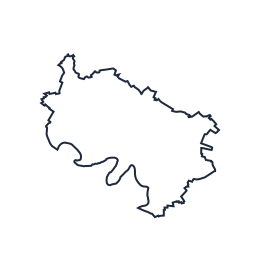 outline of Thanh Oai, Ha Noi, Vietnam, rotated 311°
{"feature_id": "81297802B69083052749589", "entity_name": "Thanh Oai", "entity_type": "district", "adm_level": 2, "iso_a3": "VNM", "parent_name": "Vietnam", "parent_adm1": "Ha Noi", "projection": "albers", "projection_center": [105.783, 20.86], "detail": "fine", "context": "isolated", "style": "outline", "palette": "slate", "viewbox_px": 256, "rotation_deg": 311, "n_neighbors": 0, "source": "geoboundaries", "source_scale": "gbopen_adm2", "svg_char_len": 5745}
<svg xmlns="http://www.w3.org/2000/svg" viewBox="0 0 256 256"><g transform="rotate(311 128 128)"><path d="M74.3,188.1L75.4,192.0L76.6,195.6L77.7,198.2L78.4,201.5L79.1,202.4L78.4,206.8L81.7,208.3L81.5,209.3L82.5,209.6L85.4,212.5L89.7,208.7L90.5,209.5L92.0,207.8L93.8,210.0L95.4,208.7L98.8,213.7L101.0,210.7L104.7,212.9L104.4,213.6L106.0,214.4L105.2,215.6L106.9,216.8L106.3,217.9L108.0,219.2L108.7,218.4L109.6,218.6L111.2,213.1L119.1,213.3L119.4,212.7L119.7,210.1L121.3,210.4L122.1,210.7L123.4,212.0L124.1,210.6L125.0,210.6L125.9,208.8L128.2,208.5L129.5,211.6L131.8,211.0L132.0,211.2L132.8,211.2L133.7,212.9L135.6,214.9L137.4,216.1L141.2,218.4L152.0,221.5L152.6,222.0L153.8,221.0L154.2,219.9L154.8,218.4L155.2,217.1L155.8,216.0L156.1,215.6L157.1,214.7L157.7,213.8L157.2,212.7L157.7,212.3L155.0,207.8L156.5,204.8L155.9,204.0L155.1,202.3L157.2,201.0L156.7,200.0L161.0,196.4L161.5,197.0L166.2,205.5L167.2,205.1L168.3,204.5L168.4,204.2L168.4,203.5L164.4,193.2L169.1,191.5L173.6,190.0L174.9,191.5L180.6,191.3L181.6,197.5L183.5,197.9L184.6,197.8L185.5,198.0L186.2,198.0L186.2,192.0L187.7,192.0L188.6,192.2L189.0,190.8L189.1,189.5L189.4,188.1L189.4,186.7L189.6,185.0L189.5,184.9L188.6,184.9L188.4,184.8L188.4,184.4L188.6,182.4L191.2,182.6L191.4,181.9L191.5,181.2L189.8,180.3L188.8,179.9L188.2,179.6L187.7,179.0L186.8,178.0L186.3,177.8L186.1,177.5L186.0,177.0L185.9,175.0L185.9,173.2L186.0,172.6L186.2,171.7L186.5,170.9L178.8,169.0L176.1,166.9L176.2,166.3L178.0,166.8L178.0,165.6L176.7,162.8L177.0,162.0L177.0,160.7L175.7,158.5L175.4,157.3L173.4,155.3L171.8,153.8L171.1,152.6L169.9,150.1L171.7,149.6L169.5,136.8L169.4,135.3L169.5,133.9L169.9,132.0L168.9,131.8L168.3,131.6L167.4,131.2L167.3,130.9L167.3,130.6L167.3,130.2L167.6,130.0L166.9,129.6L168.0,129.0L168.4,128.9L168.0,127.1L173.6,125.4L171.2,120.5L171.9,116.4L170.4,116.3L168.1,115.7L167.2,115.5L166.5,115.4L165.8,115.4L164.2,115.6L162.5,115.9L162.4,115.7L162.5,115.4L162.9,114.9L163.8,110.9L163.3,106.2L163.7,104.6L161.2,103.4L161.7,100.6L163.1,96.9L161.2,95.6L161.2,95.2L159.6,88.7L160.0,86.4L162.5,86.1L162.0,85.7L160.2,84.7L159.9,84.4L159.7,84.0L159.4,82.8L163.5,81.1L163.4,80.6L163.4,79.0L163.4,78.3L163.1,77.7L162.8,77.4L158.6,73.9L154.3,70.1L153.5,69.4L152.9,69.0L152.6,69.0L151.8,69.6L151.4,69.7L150.9,69.6L150.2,69.0L149.6,68.3L149.2,67.6L149.1,67.1L149.3,66.3L149.2,65.9L148.7,65.7L147.8,65.9L145.6,65.8L144.5,65.6L144.0,65.4L143.6,65.4L143.4,65.5L143.1,65.8L142.9,66.9L142.7,67.1L142.4,66.9L141.3,66.1L140.7,65.7L140.4,65.4L140.2,65.1L140.0,64.6L139.9,63.2L139.6,62.9L138.8,62.5L137.8,62.4L137.1,62.4L136.5,62.7L136.2,62.7L135.9,62.6L135.6,62.2L135.4,61.3L134.8,60.4L134.3,59.4L134.0,58.4L133.9,57.5L134.1,57.0L134.4,56.7L135.6,56.3L136.5,55.5L136.6,55.2L136.5,54.9L136.0,54.0L135.7,52.6L135.5,52.2L135.5,51.9L136.2,50.4L136.4,49.0L136.5,48.5L137.4,47.7L138.2,47.2L138.9,46.9L139.8,46.7L140.1,46.6L140.4,46.3L140.8,45.4L141.5,44.7L141.9,44.4L142.1,44.4L143.1,44.0L143.5,43.5L144.3,40.8L144.7,40.4L145.0,40.2L145.3,40.1L146.8,40.3L146.9,39.8L147.1,38.9L146.8,38.9L146.7,38.7L145.1,38.0L144.3,37.5L143.4,35.9L144.3,34.6L143.7,34.3L142.8,35.2L140.7,34.0L139.7,34.1L137.9,34.9L137.2,35.0L135.9,34.7L134.0,34.2L133.6,34.2L133.5,35.2L132.8,35.0L132.2,34.7L131.3,34.4L129.8,34.2L130.0,34.9L130.3,36.5L130.2,38.3L130.0,39.3L129.6,40.4L129.3,41.1L128.4,42.5L128.0,43.3L127.8,43.6L124.6,43.9L118.5,46.1L119.2,48.7L111.1,51.7L109.2,53.6L106.3,51.3L107.0,50.0L104.3,48.1L102.2,46.4L102.6,45.7L103.1,45.0L99.0,42.4L99.2,45.5L97.2,45.4L96.0,44.2L95.2,45.1L93.0,43.8L92.1,46.9L90.6,46.5L89.9,46.2L89.9,47.2L90.0,49.9L90.2,50.4L91.5,50.1L91.5,53.7L91.6,55.9L90.9,56.0L91.5,61.1L81.6,62.9L81.6,65.5L81.2,65.6L80.7,65.6L79.5,65.0L78.7,64.9L75.8,64.9L75.2,65.4L75.3,65.9L75.3,66.3L74.9,66.9L74.3,67.4L73.7,67.8L70.4,70.2L69.4,71.3L68.0,73.7L67.5,74.9L65.4,79.0L64.5,82.4L65.3,88.9L66.4,88.7L67.4,88.3L68.6,87.9L69.3,87.8L71.1,87.8L72.7,88.1L73.7,88.5L74.7,89.2L75.6,90.0L76.2,91.0L78.0,94.1L78.3,94.9L78.6,95.9L78.7,97.0L78.5,100.8L78.4,103.6L77.9,106.3L77.7,107.6L77.5,108.5L76.5,110.4L75.7,111.2L74.6,112.0L73.5,112.7L72.9,112.8L72.1,112.5L71.5,112.1L70.6,111.3L69.8,110.7L69.7,110.5L69.6,109.7L69.2,109.4L68.1,109.2L67.8,109.3L67.3,109.6L67.0,110.2L67.0,111.7L67.0,114.2L67.2,114.8L70.2,119.8L70.8,120.3L75.3,125.0L75.7,125.1L76.6,125.0L77.2,125.0L78.0,126.0L78.8,126.3L79.5,126.7L79.9,127.1L80.3,127.7L80.9,128.3L82.0,128.7L83.0,129.7L83.3,129.9L84.2,130.1L85.1,130.5L85.9,131.1L87.1,131.6L88.0,131.9L88.7,132.1L89.1,132.3L89.4,132.3L89.7,132.3L90.3,132.1L90.6,132.1L91.1,132.3L93.0,133.5L93.9,134.2L94.8,135.0L95.3,135.6L96.5,136.9L96.9,137.6L97.2,138.2L97.5,139.3L97.4,140.4L97.3,140.9L97.0,141.3L96.6,141.7L96.1,141.9L95.2,142.1L94.6,142.5L93.9,142.7L93.4,143.1L92.4,143.3L91.6,143.6L91.3,143.7L89.9,143.7L87.6,144.0L84.3,144.1L83.3,144.0L83.1,143.9L82.6,143.4L82.4,143.3L82.1,143.3L80.9,143.5L77.3,144.2L74.7,145.9L73.2,147.4L72.9,147.8L72.5,148.4L72.3,149.0L72.2,149.6L72.2,150.5L72.6,151.3L72.9,151.7L73.1,152.0L73.5,152.2L74.9,152.9L75.7,153.5L76.9,154.4L77.6,155.1L78.3,155.4L80.5,155.7L82.1,155.7L84.3,155.3L84.9,155.1L85.4,154.8L85.7,154.6L86.1,154.5L89.6,154.8L93.8,155.0L95.5,155.4L96.5,155.5L97.9,155.3L100.5,154.7L101.0,154.7L102.1,154.9L102.4,155.2L102.8,156.0L102.9,156.7L102.8,157.5L102.5,158.5L102.2,159.0L101.4,160.1L100.4,161.2L97.8,163.5L96.2,165.3L95.1,167.0L94.5,168.3L94.2,169.1L93.5,171.8L93.3,173.6L93.1,175.0L93.2,175.5L93.5,176.8L94.3,178.4L95.6,180.1L96.0,180.9L96.2,181.7L96.2,182.4L95.9,182.8L93.4,184.2L91.3,185.6L90.8,186.1L89.8,186.8L89.5,187.2L88.9,188.4L88.5,188.9L87.5,189.8L86.5,191.3L85.9,191.8L84.8,192.5L84.1,192.7L83.0,192.7L82.2,192.5L81.2,192.2L80.2,191.5L79.4,190.8L77.8,189.6L76.1,188.7L74.3,188.1Z" fill="none" stroke="#1e293b" stroke-width="2"/></g></svg>